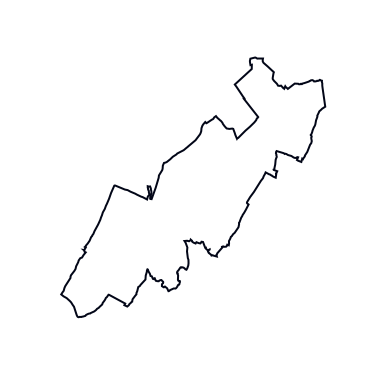 Dumbrava, Mehedinti, Romania (Albers equal-area conic projection), rotated 131°
{"feature_id": "2599482B40302132700560", "entity_name": "Dumbrava", "entity_type": "district", "adm_level": 2, "iso_a3": "ROU", "parent_name": "Romania", "parent_adm1": "Mehedinti", "projection": "albers", "projection_center": [23.169, 44.518], "detail": "fine", "context": "isolated", "style": "outline", "palette": "ink", "viewbox_px": 384, "rotation_deg": 131, "n_neighbors": 0, "source": "geoboundaries", "source_scale": "gbopen_adm2", "svg_char_len": 6022}
<svg xmlns="http://www.w3.org/2000/svg" viewBox="0 0 384 384"><g transform="rotate(131 192 192)"><path d="M355.1,223.5L355.0,220.4L354.3,217.0L354.4,212.7L354.6,210.8L355.5,207.9L356.0,205.8L360.4,198.5L360.9,197.5L361.2,196.5L361.2,196.3L361.0,195.6L360.6,195.2L360.0,194.9L358.9,193.5L358.1,193.1L357.8,192.7L355.4,191.2L354.6,191.3L354.0,191.2L351.9,190.3L350.9,189.6L350.4,189.1L349.7,189.0L346.2,187.4L344.1,187.0L342.4,187.0L340.6,186.4L339.5,186.4L335.8,186.0L334.3,186.6L331.5,186.8L330.1,187.0L328.5,187.5L327.1,187.3L324.3,187.6L324.0,187.1L320.0,169.2L321.8,168.8L320.9,165.7L318.8,165.4L317.8,165.7L315.3,165.4L314.5,165.5L314.0,165.2L312.3,166.3L311.7,166.5L307.5,166.8L305.7,166.8L304.8,167.6L302.7,168.3L299.0,170.2L297.2,169.7L295.9,169.9L288.6,169.7L285.4,172.1L281.9,173.7L280.7,174.6L279.6,174.9L279.5,174.6L279.6,174.1L280.5,172.8L280.8,171.7L281.4,170.0L282.6,168.2L282.0,167.0L283.2,164.5L282.8,163.7L281.7,163.8L281.5,163.6L282.4,161.9L282.7,161.1L282.5,160.9L282.2,159.9L281.6,159.1L281.2,158.6L280.3,158.5L279.2,158.0L278.5,157.3L278.7,156.0L278.7,154.9L279.0,154.5L279.9,154.0L280.8,154.2L281.4,154.1L282.8,152.9L282.6,152.1L282.6,151.2L282.4,150.7L281.1,150.4L281.0,147.6L282.3,144.7L282.1,144.5L281.3,144.2L280.5,144.2L277.0,142.6L276.6,142.3L275.7,141.1L275.1,140.9L273.0,141.0L271.6,141.5L270.6,141.0L269.7,141.1L269.2,141.5L267.7,142.1L267.2,142.9L267.9,143.8L267.9,144.3L267.4,145.1L264.0,147.8L263.5,148.7L262.9,149.2L263.2,149.6L263.0,149.9L262.6,150.4L262.1,150.7L261.0,150.9L260.3,150.8L256.7,151.2L256.2,151.1L255.9,150.8L255.8,150.2L255.3,150.1L255.1,149.7L254.6,148.7L254.5,147.1L254.7,146.3L254.3,145.2L252.7,145.5L249.9,146.6L248.0,147.9L245.5,150.2L244.6,151.8L240.1,156.8L236.9,159.1L234.5,163.5L233.9,165.5L232.0,163.7L231.1,161.9L229.3,161.4L228.8,161.7L228.8,160.1L229.0,160.0L229.3,159.5L229.3,158.6L229.2,157.6L228.5,155.5L227.0,155.7L226.2,153.5L225.4,152.0L224.9,151.9L223.3,152.2L222.5,150.9L225.4,145.5L224.9,145.0L225.6,144.4L225.7,143.3L225.6,142.0L225.3,141.6L223.7,141.0L223.8,140.9L225.0,141.3L225.3,141.1L226.2,141.2L226.4,140.9L226.5,140.4L226.8,140.0L226.8,139.2L227.0,139.1L226.8,136.2L227.2,135.7L227.1,135.4L226.2,135.0L225.8,133.8L224.4,130.9L223.4,132.3L222.9,132.2L221.8,132.7L214.1,132.7L213.9,132.7L214.0,133.0L213.7,133.4L212.6,132.8L212.3,131.8L210.9,130.4L209.0,130.3L208.9,130.7L208.6,130.8L208.1,129.3L206.6,130.2L204.8,131.9L202.1,132.5L200.4,133.2L199.2,133.0L196.8,133.3L194.9,133.0L188.1,133.8L185.6,135.2L184.4,136.3L183.7,136.3L179.1,138.0L177.2,138.3L176.1,138.7L173.5,139.0L170.0,139.7L164.3,141.1L164.4,142.7L164.2,143.4L163.5,143.8L157.7,144.8L151.3,145.3L138.5,147.3L135.0,147.5L133.2,148.2L130.3,148.8L128.9,149.3L128.0,145.3L127.6,144.7L127.5,143.3L127.2,142.6L127.3,142.1L127.0,140.5L126.3,138.2L123.0,140.3L123.2,140.5L122.9,140.8L121.3,141.0L120.4,141.3L121.7,144.8L121.5,145.1L121.1,144.9L120.3,145.1L119.8,145.5L116.7,147.2L112.8,150.0L110.8,150.8L110.2,150.9L109.5,151.5L108.9,152.5L108.4,152.8L107.7,154.1L106.4,154.9L105.6,155.0L102.6,148.4L102.5,147.8L102.5,147.1L102.1,147.0L101.5,145.9L101.3,145.3L101.3,144.7L101.1,143.8L99.6,140.6L99.3,138.0L98.9,136.9L97.9,135.7L97.0,135.6L96.5,135.3L96.2,134.7L99.0,133.8L98.8,132.5L97.6,129.2L94.5,130.7L94.4,129.8L93.8,130.0L91.1,130.2L90.4,130.7L86.1,131.3L78.8,133.9L77.0,134.0L75.0,135.0L73.5,136.9L72.7,137.7L72.0,137.8L71.5,138.2L71.2,138.9L71.3,139.4L71.1,139.8L69.8,139.9L67.7,140.7L66.6,141.3L63.4,142.4L61.6,142.7L60.2,143.2L56.5,145.4L53.5,146.5L52.6,147.0L52.4,147.4L51.5,147.7L48.9,148.4L47.8,148.8L47.0,148.8L46.1,148.6L43.7,148.4L40.2,147.4L28.0,161.5L26.3,163.4L24.5,165.0L23.8,166.1L22.8,166.9L23.1,167.3L23.2,168.1L23.5,168.4L23.4,168.9L23.6,169.2L24.6,169.3L25.5,169.8L25.9,170.5L26.3,170.5L27.8,171.6L28.1,172.2L28.3,172.3L28.2,172.5L28.4,173.1L28.3,173.6L28.7,174.7L29.9,175.6L30.4,175.6L31.1,176.1L31.9,176.2L36.0,178.6L38.2,180.1L38.5,179.9L39.1,180.5L39.1,180.9L39.8,181.2L40.5,181.9L40.6,182.8L42.8,185.6L51.3,187.3L51.2,189.0L51.4,189.4L51.0,191.0L53.5,190.2L53.4,191.1L53.7,191.2L53.3,194.6L54.3,195.3L55.3,196.8L54.6,198.9L54.3,203.1L53.9,204.7L53.7,205.3L52.7,206.1L48.9,208.4L47.9,208.8L47.6,217.2L47.6,222.7L47.1,224.2L45.9,225.3L44.7,226.0L48.5,230.3L48.8,232.0L49.1,232.6L53.1,235.4L55.1,234.3L56.0,233.4L57.9,231.1L56.7,230.3L60.0,227.6L82.8,230.2L83.5,227.1L87.0,214.3L86.9,214.3L87.1,213.5L87.3,213.2L87.7,213.6L92.0,191.2L93.1,191.1L94.0,191.3L95.7,190.7L98.7,190.6L104.8,191.1L110.6,191.9L120.9,192.6L121.7,193.1L122.3,193.0L120.5,196.7L119.5,198.3L117.3,202.3L117.7,203.2L119.9,205.2L121.3,207.5L121.2,208.8L120.9,210.9L120.3,213.5L119.8,214.4L119.4,216.5L119.4,217.5L119.5,217.9L119.4,218.7L119.4,221.6L119.0,223.7L121.2,224.2L122.8,223.9L123.6,224.1L124.2,224.4L129.7,225.9L130.7,226.3L130.5,227.9L133.2,227.9L135.0,227.7L137.6,226.7L140.1,224.9L141.8,224.2L143.2,223.8L150.6,223.3L165.9,225.7L172.7,228.4L173.9,228.4L178.0,229.6L181.6,229.9L185.9,230.7L187.2,231.3L188.4,232.2L191.2,231.3L193.8,229.4L195.1,228.8L201.2,227.8L203.1,226.5L212.6,222.2L223.9,217.8L224.6,218.9L224.4,219.3L223.5,220.0L219.5,221.9L218.9,222.4L218.0,223.3L217.2,224.5L216.3,225.4L215.3,227.3L216.2,228.1L216.7,229.2L217.7,228.3L218.5,227.1L219.0,226.7L219.5,225.3L220.6,224.3L220.9,223.8L221.9,222.6L222.6,222.3L224.1,222.4L224.7,222.2L227.1,221.0L228.3,226.1L228.8,227.1L230.1,231.7L230.5,233.7L232.1,238.6L232.8,241.8L234.2,244.3L237.5,254.2L237.9,254.7L238.2,254.8L245.9,252.4L251.4,250.2L256.6,248.5L258.9,247.9L262.0,246.7L265.9,245.9L268.6,244.7L271.0,243.9L273.1,243.0L278.2,241.5L285.5,239.9L288.4,238.9L290.2,238.8L290.7,238.5L292.3,238.5L295.9,237.3L299.4,236.9L302.1,236.9L302.4,236.6L303.8,236.8L303.7,235.7L304.9,235.6L306.4,235.1L306.8,235.7L306.8,235.4L306.4,235.1L307.2,234.5L307.6,233.8L307.3,232.6L310.7,232.5L313.6,232.0L315.3,232.9L318.0,232.6L319.7,231.8L324.1,230.7L326.5,229.4L328.8,229.0L334.1,228.7L335.3,228.3L336.7,227.3L346.2,225.9L348.1,225.3L350.8,224.0L352.5,223.9L355.1,223.5Z" fill="none" stroke="#020617" stroke-width="2"/></g></svg>